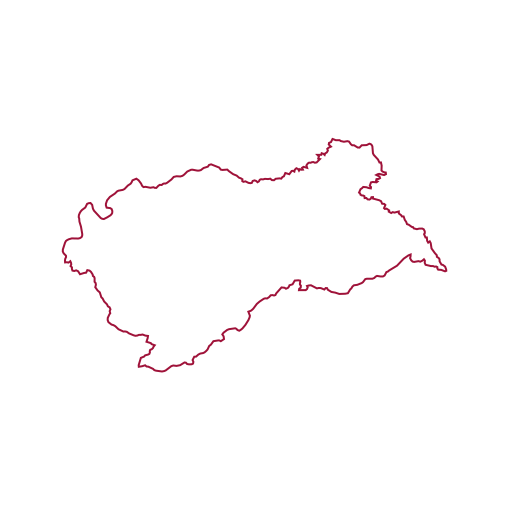 São Gonçalo do Abaeté, Minas Gerais, Brazil, rotated 205°
{"feature_id": "56859067B31558780587995", "entity_name": "São Gonçalo do Abaeté", "entity_type": "district", "adm_level": 2, "iso_a3": "BRA", "parent_name": "Brazil", "parent_adm1": "Minas Gerais", "projection": "mercator", "projection_center": [-45.579, -18.177], "detail": "fine", "context": "isolated", "style": "outline", "palette": "rose", "viewbox_px": 512, "rotation_deg": 205, "n_neighbors": 0, "source": "geoboundaries", "source_scale": "gbopen_adm2", "svg_char_len": 6145}
<svg xmlns="http://www.w3.org/2000/svg" viewBox="0 0 512 512"><g transform="rotate(205 256 256)"><path d="M315.4,106.1L312.6,108.0L310.3,110.1L308.5,109.6L306.8,110.2L301.6,110.2L299.9,109.6L298.2,109.8L292.4,111.6L290.6,112.9L289.5,114.1L286.2,120.4L284.7,121.8L281.6,122.8L278.6,125.0L275.8,129.3L274.4,129.7L272.8,129.0L270.9,129.5L268.5,130.7L267.6,131.9L268.0,133.6L269.5,134.9L269.4,138.6L267.8,139.5L266.6,142.3L265.3,144.0L262.9,145.7L261.9,146.9L261.0,148.9L260.4,150.8L260.4,154.7L259.4,156.6L258.6,160.8L254.6,163.5L253.5,164.0L251.9,163.9L249.9,167.2L251.4,169.5L253.4,170.7L253.0,172.8L250.9,176.8L249.5,178.3L244.3,181.7L243.0,181.7L241.5,181.1L239.6,181.2L238.7,182.5L237.7,184.5L236.5,189.0L235.8,194.7L235.9,197.8L236.3,199.3L239.4,202.3L237.5,204.2L236.8,205.6L236.2,207.1L235.0,212.9L233.5,216.2L230.9,220.5L229.8,221.5L228.0,222.2L226.7,224.4L226.1,226.6L224.4,227.6L223.0,227.8L221.9,228.8L221.9,230.6L219.6,238.3L216.6,239.3L215.0,239.0L213.6,240.6L213.2,242.2L213.3,243.6L210.9,245.8L210.5,250.1L207.3,251.9L205.6,252.3L204.9,251.2L204.7,249.9L204.1,248.7L202.8,248.1L202.1,246.2L203.0,244.6L202.6,243.2L196.5,246.1L195.8,247.6L195.9,249.4L197.1,250.4L195.7,251.6L193.8,252.7L187.1,252.4L185.7,253.5L183.8,254.3L179.9,254.5L179.3,256.4L178.0,256.9L176.7,255.8L172.5,255.3L168.7,256.3L164.5,256.8L159.2,259.5L157.0,261.1L156.5,265.6L155.9,266.8L155.7,269.0L154.9,270.8L152.0,272.7L148.8,276.1L148.0,277.5L147.2,281.2L146.0,282.2L140.9,284.6L139.5,286.1L138.9,287.8L137.9,289.1L134.4,290.1L132.3,291.1L131.2,292.7L131.0,296.6L130.0,297.5L129.2,299.2L124.1,306.8L121.0,316.0L118.1,321.0L116.5,322.7L115.8,321.0L115.4,319.1L113.5,317.7L111.7,317.1L110.1,317.5L106.6,320.0L104.7,320.3L103.3,322.0L102.4,324.0L101.0,323.2L100.2,321.1L98.6,319.7L93.2,320.8L91.3,321.7L89.5,321.8L88.4,322.6L87.0,322.6L86.3,321.3L85.1,320.6L82.3,321.7L78.2,322.0L77.3,323.0L78.0,324.2L80.1,326.3L82.9,326.9L84.3,326.6L87.3,328.7L88.3,330.6L89.6,331.4L91.7,331.7L92.5,333.1L95.1,334.2L100.1,337.0L103.1,341.5L104.7,342.7L105.6,340.9L107.3,342.1L109.0,345.0L110.2,344.4L112.9,346.8L112.7,348.1L113.5,349.7L115.3,351.1L117.0,351.1L119.8,349.7L121.5,348.3L124.7,347.7L125.8,348.5L127.1,348.2L130.8,348.9L132.6,348.7L134.3,350.4L136.4,351.6L138.9,354.2L140.5,353.5L141.6,354.3L144.5,354.9L145.4,356.7L148.8,353.9L150.7,353.5L151.6,352.1L154.4,352.3L154.6,353.6L157.7,354.1L159.1,353.1L160.2,353.5L160.3,356.9L161.8,357.4L163.8,356.7L165.8,358.5L168.0,358.6L174.2,357.5L174.9,358.8L176.2,358.1L176.2,356.4L177.0,355.1L178.8,354.5L180.5,355.2L182.0,354.4L183.1,356.1L184.4,356.1L185.8,355.6L187.2,355.7L188.1,356.7L189.4,357.0L189.5,360.7L188.6,362.2L188.0,363.9L184.9,365.0L182.7,365.2L180.5,365.8L180.9,367.1L182.6,367.8L182.9,371.3L181.5,372.4L177.9,373.7L177.3,374.9L179.0,375.0L179.3,376.6L177.4,377.7L176.5,379.0L177.6,380.2L181.2,380.3L180.3,381.5L179.1,382.5L174.1,383.5L172.8,385.1L173.7,386.5L174.8,386.1L177.0,386.0L178.4,386.5L180.3,391.0L182.3,393.6L183.6,392.9L186.2,395.0L192.0,397.4L193.4,398.5L196.9,404.6L198.1,405.5L199.4,405.9L200.7,405.7L202.6,403.3L207.0,401.0L208.0,398.0L209.7,397.3L213.9,397.8L215.7,397.0L217.3,397.4L220.0,399.0L221.7,398.7L224.6,396.7L227.8,396.0L229.2,396.3L232.5,394.7L236.1,394.4L236.2,390.9L237.6,389.4L237.2,387.8L234.3,386.8L236.0,384.8L236.7,383.2L235.4,381.9L235.6,379.8L236.7,378.1L236.5,376.6L238.1,377.1L239.9,376.9L239.6,375.3L243.1,373.6L241.0,372.8L240.8,370.6L239.0,370.9L240.6,366.4L242.1,365.4L243.6,365.4L244.9,364.7L245.9,363.6L247.4,363.0L248.2,361.7L248.6,359.4L246.9,357.5L250.6,356.9L251.5,355.4L250.0,354.1L251.5,353.3L252.9,353.3L253.1,351.5L254.6,352.6L256.5,352.6L257.3,350.6L256.9,348.7L258.6,348.8L259.6,348.1L260.4,344.2L264.5,343.6L264.4,340.0L265.4,338.8L265.8,336.8L267.5,336.3L270.8,334.3L271.7,332.3L273.7,331.5L275.7,332.1L277.6,330.8L280.5,329.7L282.0,328.4L283.9,327.7L284.8,326.7L284.9,324.9L285.8,323.5L287.6,324.1L289.3,323.9L290.7,322.6L290.7,320.5L291.9,319.6L293.7,319.1L297.1,319.2L298.8,317.9L300.1,318.1L300.7,319.8L302.5,320.0L304.5,319.8L307.5,320.7L311.3,320.5L316.6,321.5L318.5,322.2L322.8,319.8L324.5,319.4L326.7,320.6L335.4,320.1L337.0,318.7L337.4,316.6L340.7,313.6L342.3,310.5L343.8,309.3L345.2,308.6L350.0,307.4L351.3,306.7L354.0,303.5L355.5,299.4L356.5,297.6L358.2,296.1L361.7,294.7L364.0,292.9L365.0,289.6L367.5,284.8L368.6,283.4L369.9,282.9L370.8,282.0L371.5,280.5L373.3,279.8L374.2,278.3L375.1,275.6L376.5,275.0L378.0,275.0L380.6,273.2L385.4,272.0L387.1,270.9L388.9,271.5L390.8,273.1L394.4,275.0L397.1,275.5L399.9,272.4L399.9,270.1L400.2,268.5L401.9,265.7L403.5,261.1L404.7,259.6L408.1,257.2L409.1,256.1L410.3,252.9L413.4,247.8L414.5,243.5L414.1,239.9L413.4,238.4L411.8,236.7L408.3,237.8L406.6,237.5L405.2,236.0L404.5,234.2L404.6,232.9L405.1,231.4L407.1,228.3L409.5,225.2L411.2,224.7L412.8,224.8L422.0,228.6L423.8,230.0L426.1,233.1L428.4,234.1L429.9,233.2L431.1,231.9L431.2,227.8L433.1,224.3L433.7,222.4L433.9,220.5L433.8,218.3L433.1,216.3L432.1,215.3L430.5,212.5L427.0,208.6L422.7,202.4L422.1,200.9L422.1,199.4L423.1,197.8L424.5,196.7L430.4,194.1L432.7,192.1L433.9,190.6L434.6,189.3L434.7,187.4L433.8,180.3L433.0,178.4L431.4,177.1L428.4,176.0L427.7,174.8L427.7,172.8L427.2,171.1L426.3,169.5L424.8,170.4L423.1,170.8L422.1,172.8L420.7,171.6L419.9,170.3L419.8,168.5L418.0,167.9L417.4,166.5L416.2,165.2L414.4,165.6L412.9,167.0L410.8,167.0L407.8,165.1L404.6,168.0L402.9,169.1L402.9,171.9L400.7,172.4L398.9,171.9L396.2,170.2L395.4,169.0L393.9,168.7L392.9,167.7L391.4,164.4L389.9,163.7L388.9,162.2L388.5,159.8L385.0,157.8L382.2,157.0L378.7,153.2L377.1,152.7L374.4,150.6L370.6,149.2L369.0,147.8L367.0,147.6L365.4,146.2L365.3,144.2L363.9,142.5L364.2,141.2L364.2,137.3L363.4,135.3L361.8,133.7L358.0,132.8L355.9,133.1L353.8,132.9L349.7,131.5L344.3,131.5L342.7,132.3L341.0,132.7L338.4,132.2L333.5,132.4L331.6,132.7L330.0,133.7L328.8,135.0L327.0,135.9L325.6,136.9L322.6,137.1L320.1,137.9L319.5,135.9L319.0,132.0L314.5,132.6L313.4,132.0L310.1,132.3L310.5,130.7L310.5,128.9L311.1,127.4L312.2,126.3L312.1,124.9L311.4,123.7L311.3,122.2L312.1,121.1L314.5,119.1L314.9,117.6L317.3,115.0L316.2,107.5L315.4,106.1Z" fill="none" stroke="#9f1239" stroke-width="2"/></g></svg>